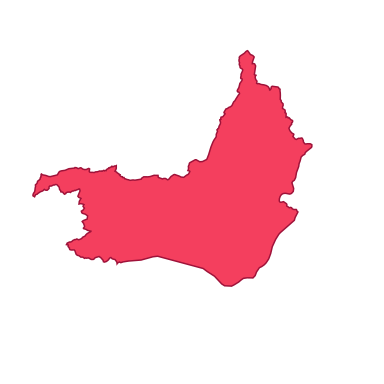 outline of Phoukhoune, Louangphrabang, Laos, rotated 233°
{"feature_id": "54806243B44028844681141", "entity_name": "Phoukhoune", "entity_type": "district", "adm_level": 2, "iso_a3": "LAO", "parent_name": "Laos", "parent_adm1": "Louangphrabang", "projection": "equal_earth", "projection_center": [102.694, 19.508], "detail": "fine", "context": "isolated", "style": "filled", "palette": "rose", "viewbox_px": 384, "rotation_deg": 233, "n_neighbors": 0, "source": "geoboundaries", "source_scale": "gbopen_adm2", "svg_char_len": 6000}
<svg xmlns="http://www.w3.org/2000/svg" viewBox="0 0 384 384"><g transform="rotate(233 192 192)"><path d="M157.7,316.2L159.3,315.5L161.2,313.1L161.8,311.8L162.6,311.1L164.9,311.1L166.2,311.9L168.6,312.4L169.3,311.9L169.9,310.5L170.8,309.4L171.2,306.9L172.1,306.3L175.5,306.0L176.7,308.0L177.2,308.1L178.5,307.4L180.6,307.1L182.3,307.1L184.6,307.8L185.6,309.9L186.2,312.5L187.1,312.9L187.3,313.3L187.3,314.0L187.6,314.7L188.6,315.3L190.4,314.4L192.7,314.3L193.2,313.4L194.2,313.6L194.8,313.1L195.1,312.1L198.0,314.4L198.5,314.5L199.4,314.0L200.3,315.0L201.6,315.6L204.3,314.6L205.9,316.0L206.1,316.7L207.6,317.8L210.2,317.5L211.5,318.3L212.8,318.2L216.1,320.8L218.1,322.2L219.8,323.1L221.1,324.2L222.3,323.7L223.2,324.0L224.1,323.8L228.2,319.7L228.2,318.7L227.9,318.1L227.1,317.6L226.7,316.6L226.5,315.5L226.9,315.4L227.6,316.0L230.2,316.2L232.2,315.5L234.2,314.0L236.3,311.9L238.4,310.6L239.1,309.4L239.9,309.0L241.4,310.6L243.6,310.6L245.7,311.5L246.5,312.6L246.7,313.4L246.9,313.4L247.5,312.6L248.3,312.5L254.4,318.7L256.6,319.1L257.4,318.6L258.2,317.4L259.5,318.6L262.4,322.9L264.4,322.7L266.7,321.4L271.0,321.5L271.6,321.2L271.7,319.4L271.3,317.4L271.6,312.4L271.2,310.8L270.4,310.5L269.4,309.2L268.4,308.4L266.7,307.8L265.8,306.8L265.1,306.3L264.0,306.3L262.9,305.5L261.9,305.3L260.1,306.1L259.0,306.0L258.2,305.1L256.5,302.0L255.8,301.6L253.8,299.5L253.1,299.3L252.3,300.0L251.9,299.9L251.3,299.5L250.8,298.5L249.9,295.6L247.2,292.3L246.2,289.9L245.5,288.9L244.3,288.8L243.7,289.4L243.1,289.6L242.1,289.3L241.9,289.0L241.5,287.4L239.9,283.1L239.1,281.3L238.9,279.5L237.0,275.9L236.9,274.0L237.4,272.5L237.4,270.4L237.9,269.1L236.4,265.5L235.9,265.2L234.9,265.6L234.5,265.4L233.6,262.2L233.6,261.7L234.3,260.3L233.6,259.3L232.6,258.8L232.6,258.0L232.9,257.7L232.1,257.2L230.7,256.9L229.4,255.7L228.2,253.1L227.0,251.8L227.0,250.6L226.5,250.1L226.6,249.3L225.1,248.9L223.5,246.1L221.9,244.9L221.3,244.0L220.4,241.2L219.3,238.8L216.5,234.2L211.9,227.9L209.4,223.9L209.2,223.0L210.0,218.7L211.5,216.4L215.3,214.7L215.8,214.0L216.7,208.1L216.5,207.1L215.8,206.5L214.8,204.7L214.2,204.1L213.5,204.0L212.0,202.4L211.6,201.6L210.2,202.7L209.6,202.6L208.5,200.2L208.4,199.2L208.7,198.0L208.7,194.2L210.6,192.2L212.2,191.5L216.4,188.7L216.8,187.9L217.0,184.5L216.2,181.4L216.2,180.5L216.5,179.8L218.6,179.1L219.8,177.7L220.1,176.4L223.5,174.1L224.1,173.9L225.7,174.9L228.2,171.7L229.5,167.9L230.7,165.8L233.2,162.6L233.3,160.0L232.8,159.2L235.8,153.5L237.1,152.2L238.6,149.5L239.8,148.8L241.5,147.3L242.3,147.0L243.1,146.2L244.5,146.4L245.3,145.3L246.1,145.6L247.1,144.6L248.8,144.4L249.1,144.9L249.5,144.4L250.3,144.6L252.3,143.8L253.1,143.8L253.5,143.5L254.6,143.5L255.0,143.1L255.8,144.8L256.5,145.8L258.5,147.3L258.5,146.9L259.2,146.3L259.8,143.9L260.8,143.6L260.6,142.6L261.0,141.4L260.8,140.6L261.4,140.1L261.1,138.9L261.4,138.2L261.2,136.8L260.8,136.3L261.4,135.7L261.6,134.8L262.2,134.7L262.5,134.3L262.6,132.9L263.2,132.5L263.2,132.0L264.3,131.0L265.0,128.8L266.2,126.9L266.4,125.6L268.0,123.9L268.4,123.1L269.6,122.2L270.4,122.4L272.0,124.1L272.9,123.8L273.1,123.4L273.6,121.1L274.5,119.8L275.9,118.6L278.2,117.9L278.6,117.2L279.0,115.5L279.8,114.7L280.3,114.7L281.1,114.2L282.0,113.2L281.8,112.6L284.7,107.7L285.7,103.7L287.4,100.6L288.0,99.1L288.0,97.8L286.8,95.0L286.8,94.5L289.5,88.2L290.6,86.9L293.1,85.3L296.2,82.5L296.8,82.5L297.3,83.2L296.8,82.0L296.4,82.0L295.5,80.7L295.0,80.6L294.5,79.1L293.8,78.6L293.6,77.8L293.5,75.1L292.6,74.1L292.1,73.1L291.9,71.2L290.7,70.5L289.6,69.2L287.7,67.4L286.8,66.2L286.4,64.8L285.7,63.6L284.7,62.7L282.9,63.4L284.0,65.4L283.4,67.2L283.6,68.0L283.4,71.1L282.7,73.4L283.0,75.6L281.9,75.9L281.4,76.4L280.6,77.3L280.6,78.4L280.8,79.9L282.0,80.8L282.4,81.8L281.4,83.3L280.9,85.8L280.3,86.4L280.2,87.4L279.2,88.5L278.7,88.6L275.7,88.8L273.6,87.7L272.0,87.9L271.1,87.3L269.6,88.7L268.0,88.6L266.9,88.9L266.7,90.4L267.2,91.1L266.8,92.4L265.7,94.1L264.8,94.6L264.9,95.7L264.7,97.3L264.1,98.0L264.0,99.1L263.4,99.7L263.0,101.7L262.6,102.2L262.5,103.6L262.0,104.0L260.3,103.3L257.3,98.3L256.0,98.3L253.7,99.5L252.4,96.4L250.4,94.5L249.7,96.1L248.1,97.5L246.9,98.1L246.6,97.1L246.1,96.3L243.9,96.4L243.1,94.0L243.3,92.1L241.8,91.5L240.9,91.7L238.5,93.4L235.8,94.3L233.5,92.0L234.5,88.3L234.6,87.2L234.5,86.5L232.2,86.5L229.3,85.6L228.7,84.6L228.5,83.5L228.0,83.4L225.4,85.2L224.5,85.3L221.5,87.7L221.3,87.4L221.9,83.4L221.7,81.6L221.2,80.1L221.7,77.2L221.3,76.3L221.3,75.6L221.7,73.7L222.3,72.5L223.8,71.8L224.0,70.5L224.6,69.7L225.0,67.6L224.8,66.2L225.3,64.5L225.8,64.1L226.3,61.5L226.2,61.3L225.9,61.4L225.5,60.1L224.1,61.3L223.0,60.2L221.0,60.4L220.6,60.0L219.5,59.8L218.4,60.6L216.6,63.1L215.5,63.1L212.0,62.0L210.5,62.3L209.0,63.5L206.9,64.0L205.7,65.6L203.7,66.2L203.4,67.3L202.8,67.7L201.6,69.7L198.8,70.9L197.7,72.3L197.4,73.1L197.8,75.2L196.4,79.0L195.7,79.1L194.8,79.6L190.9,79.9L189.6,79.3L188.7,79.9L188.0,81.9L188.1,84.4L188.7,86.2L188.7,87.2L188.5,87.8L186.6,88.1L184.3,89.9L181.2,89.8L179.8,89.0L180.1,89.9L179.7,92.0L178.4,92.6L177.7,94.8L175.1,99.7L168.3,110.4L163.8,121.8L161.4,125.9L124.2,154.9L119.3,156.3L111.2,159.3L100.7,160.4L97.5,161.6L93.0,167.0L92.5,169.9L92.0,175.1L92.2,178.4L92.1,181.1L90.3,184.4L86.7,189.0L87.2,192.1L89.3,195.4L91.0,200.3L90.5,202.7L90.4,206.0L90.8,208.5L92.4,213.0L95.5,217.8L100.0,223.2L103.8,230.2L106.0,235.9L106.4,238.1L107.8,256.7L109.5,258.9L112.3,264.6L113.9,264.4L115.0,264.8L115.4,264.7L116.1,263.6L117.1,262.5L118.5,261.9L119.4,262.1L120.0,261.8L120.5,261.3L120.8,260.3L121.1,260.1L122.7,259.7L123.8,259.2L124.9,260.2L125.7,260.4L129.2,259.3L130.3,256.7L130.8,256.3L131.6,256.2L132.3,256.3L134.0,257.7L135.4,259.7L136.0,261.4L136.1,262.6L135.9,263.8L135.3,265.0L134.5,266.1L131.7,268.6L131.2,269.6L131.0,270.7L131.5,273.2L133.6,275.3L139.3,277.4L139.9,278.9L139.8,280.8L141.1,283.4L144.7,287.2L148.1,292.5L150.2,294.6L151.7,297.0L154.2,300.1L154.6,302.4L154.3,304.6L154.4,305.0L155.1,305.8L155.5,307.5L155.7,314.3L156.3,315.2L157.7,316.2Z" fill="#f43f5e" stroke="#9f1239" stroke-width="1.5"/></g></svg>